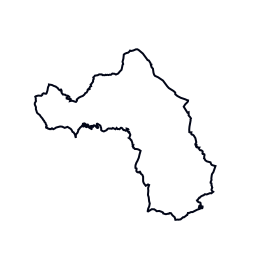 the district of Resita, Caras-Severin, Romania, rotated 193°
{"feature_id": "2599482B11071045688539", "entity_name": "Resita", "entity_type": "district", "adm_level": 2, "iso_a3": "ROU", "parent_name": "Romania", "parent_adm1": "Caras-Severin", "projection": "mercator", "projection_center": [21.973, 45.299], "detail": "fine", "context": "isolated", "style": "outline", "palette": "ink", "viewbox_px": 256, "rotation_deg": 193, "n_neighbors": 0, "source": "geoboundaries", "source_scale": "gbopen_adm2", "svg_char_len": 5838}
<svg xmlns="http://www.w3.org/2000/svg" viewBox="0 0 256 256"><g transform="rotate(193 128 128)"><path d="M143.4,203.9L144.0,202.5L145.0,201.3L146.2,200.8L147.8,199.6L148.6,198.6L148.1,194.6L148.2,191.3L147.1,189.2L147.5,188.2L147.4,185.2L147.4,183.3L148.8,181.0L149.8,178.9L151.8,177.4L153.2,177.8L155.5,177.5L156.4,176.2L157.0,175.9L157.7,175.9L158.9,175.2L160.1,175.2L161.1,174.7L161.5,174.8L161.9,174.8L162.3,174.3L163.1,174.1L164.0,174.0L164.4,173.8L164.8,173.8L165.2,174.2L165.8,174.3L168.2,173.7L169.4,172.6L172.0,171.6L172.5,170.4L173.2,169.5L172.4,168.2L172.8,166.9L172.5,165.6L172.7,164.6L173.0,164.2L173.6,162.6L174.2,161.9L174.2,161.7L173.3,160.5L174.3,159.5L174.5,158.2L174.1,157.4L174.7,156.9L175.2,157.3L175.9,156.3L175.8,155.0L176.3,153.3L177.6,152.2L177.7,151.5L178.2,150.4L178.5,150.2L179.2,149.1L180.9,148.0L182.7,146.5L184.3,144.3L183.9,143.2L184.5,141.8L184.9,141.7L188.2,142.0L189.5,141.7L190.5,141.2L190.2,143.2L190.9,143.7L191.3,143.8L191.5,142.7L194.4,142.9L194.6,143.6L192.7,145.4L193.8,145.9L195.9,145.8L196.8,146.3L197.7,146.1L198.4,146.2L199.0,146.0L200.7,147.5L201.0,149.2L201.8,150.4L202.2,150.3L202.3,149.7L202.1,149.2L204.1,149.9L205.7,151.3L206.8,151.6L207.7,152.1L209.7,152.3L211.8,152.8L214.8,152.6L214.6,151.8L215.1,149.7L214.9,146.4L215.2,143.4L215.6,142.9L218.1,142.8L219.0,141.9L219.1,141.4L219.0,140.9L219.7,139.9L222.8,139.4L224.8,138.3L225.4,137.7L224.5,136.1L224.2,134.5L223.7,133.6L224.4,131.3L224.1,129.9L222.4,127.6L222.0,125.6L221.1,124.2L220.2,122.6L219.5,122.0L216.7,120.7L215.7,119.6L213.2,117.8L212.9,117.2L211.3,116.1L210.9,115.3L209.6,114.5L208.9,113.2L207.9,112.2L208.1,110.7L207.9,110.0L207.6,109.8L207.0,110.3L205.5,109.3L204.7,109.5L204.0,109.3L203.5,109.6L202.9,109.5L202.0,110.6L200.6,110.0L199.4,110.9L198.1,112.3L194.5,114.2L192.5,114.5L189.7,113.9L187.2,115.5L183.7,114.3L182.7,113.6L181.1,111.7L180.0,111.5L179.6,111.1L178.0,109.5L177.7,108.6L176.6,106.6L177.1,108.6L177.2,109.9L177.0,110.5L176.2,111.9L176.0,112.6L176.0,113.5L175.8,114.4L176.0,115.2L175.3,116.1L174.9,117.3L173.6,119.2L173.1,120.3L172.5,119.6L172.1,119.4L171.5,119.5L170.7,120.4L171.0,120.9L172.3,121.5L172.7,122.1L172.4,122.3L171.3,122.7L170.2,122.2L170.0,121.9L169.9,120.3L169.8,120.0L169.2,119.6L168.7,119.5L168.2,119.7L167.9,120.1L168.4,121.5L168.3,122.2L168.0,122.3L166.9,121.5L166.2,119.8L166.0,119.6L163.3,118.8L163.2,118.9L163.2,119.2L163.5,119.8L164.9,121.0L164.7,121.5L163.5,122.0L162.3,121.3L162.1,121.6L162.1,122.6L161.9,122.9L161.5,123.0L160.5,122.7L158.2,121.2L157.6,121.2L157.1,121.6L157.1,121.8L157.2,122.2L158.4,122.9L159.2,124.3L159.3,124.6L159.2,125.1L158.7,125.3L155.5,124.1L154.1,121.8L153.8,120.5L153.6,119.9L152.8,119.5L151.1,119.2L150.5,119.4L148.5,121.0L148.2,121.4L147.9,122.2L147.2,122.9L146.5,123.3L145.4,123.3L144.5,123.7L143.6,123.6L142.8,124.6L140.0,124.0L139.1,125.5L138.0,124.6L136.9,124.9L136.0,124.9L135.2,126.3L135.0,126.6L134.4,126.7L133.5,126.4L132.6,125.5L132.0,125.1L131.5,125.0L130.8,125.2L129.5,124.8L128.7,125.5L129.2,127.1L127.7,127.0L127.4,126.7L127.8,126.3L128.0,125.7L127.5,124.7L126.7,124.1L126.3,124.1L126.0,124.4L125.9,124.3L125.7,124.1L125.7,123.4L125.0,123.0L124.3,122.1L124.2,121.6L124.5,119.2L124.4,118.7L124.5,118.6L124.3,118.4L124.5,118.3L123.3,117.8L122.6,117.0L122.0,116.9L120.5,114.6L119.9,113.1L119.3,112.6L119.2,112.2L119.4,112.1L119.1,111.7L119.0,111.8L119.0,111.4L119.3,111.3L119.3,111.1L118.6,110.7L118.6,110.3L118.3,109.9L117.4,109.8L117.0,109.3L116.6,109.1L114.5,109.5L112.8,109.4L110.6,108.6L110.8,104.8L110.8,101.5L111.4,98.1L112.0,96.1L112.3,93.5L112.0,91.6L111.7,90.7L110.6,90.5L110.4,90.1L110.4,89.2L110.2,88.0L109.5,87.3L108.4,87.0L107.8,87.1L107.3,87.7L106.8,87.3L106.3,87.9L106.1,87.7L105.6,87.1L105.0,86.2L103.5,85.6L102.3,83.9L101.3,79.6L100.7,78.5L100.0,77.6L97.7,75.7L95.8,77.5L94.6,77.2L94.9,74.0L94.1,71.4L93.5,67.3L92.3,65.3L90.9,61.3L89.8,59.3L89.7,56.3L90.2,54.0L90.1,53.1L90.2,52.4L90.0,51.3L89.5,51.3L86.6,54.2L84.3,54.7L82.5,54.1L82.2,53.8L81.3,53.4L78.9,54.2L76.3,53.9L74.9,53.5L74.5,52.7L72.2,52.5L71.3,52.7L69.7,53.5L68.9,53.6L68.6,54.3L68.1,54.6L66.8,54.6L66.0,53.7L64.8,52.8L62.4,51.5L61.2,49.2L58.8,50.0L58.2,50.0L56.2,50.8L54.2,53.5L53.5,53.5L52.0,55.2L51.1,56.5L50.7,56.6L50.5,58.7L49.1,59.1L47.8,60.2L46.2,60.6L42.3,63.9L39.8,65.4L39.4,66.0L37.6,66.6L37.5,67.2L37.7,68.3L38.9,68.3L40.5,66.9L41.0,66.8L41.0,68.2L39.8,69.4L40.5,71.3L41.0,71.6L42.1,71.6L43.3,71.9L43.7,72.1L44.5,73.0L43.8,73.6L43.6,74.6L42.9,76.1L42.5,76.1L41.7,77.5L40.9,78.3L39.6,79.3L39.2,79.4L38.3,80.7L36.3,81.0L33.4,83.0L32.1,83.1L30.6,85.0L32.1,85.7L32.5,86.2L32.8,87.0L32.5,88.9L32.8,89.2L33.3,90.4L33.7,90.8L34.2,92.8L35.2,93.2L35.3,94.4L34.9,95.9L35.0,96.5L35.3,96.9L35.5,98.1L35.8,101.1L35.7,102.2L34.9,104.2L34.2,110.6L36.7,110.7L38.2,110.9L39.1,111.8L39.9,113.1L43.5,113.2L45.4,113.9L46.1,114.9L47.1,115.5L47.1,116.6L47.4,117.6L47.3,118.4L47.6,119.5L47.8,119.6L48.1,119.5L48.6,119.7L49.3,119.5L49.7,119.8L49.8,120.3L49.8,121.4L50.0,122.0L51.3,122.7L52.9,122.6L53.2,122.8L53.9,123.6L54.7,123.9L54.9,124.3L54.5,124.9L55.3,124.8L56.1,125.1L56.8,124.7L57.5,125.2L57.5,126.0L57.3,126.7L57.4,127.0L58.4,126.7L58.8,127.4L58.3,129.0L58.3,129.6L60.1,133.3L62.3,135.5L63.4,136.0L64.5,136.0L64.9,136.3L65.3,137.5L65.3,138.0L67.0,137.6L67.3,137.7L68.0,140.3L68.4,143.1L68.7,149.5L69.0,150.4L68.8,151.5L70.0,152.6L71.8,153.9L71.9,154.8L72.5,157.0L73.5,156.3L78.5,161.3L77.6,163.9L76.0,166.4L75.6,167.4L75.7,168.4L77.1,168.5L78.5,168.8L83.4,169.3L87.1,170.3L89.5,171.5L90.0,173.2L92.0,174.3L97.2,176.1L99.2,177.5L104.6,182.1L110.1,184.2L113.5,184.9L114.6,185.9L115.6,187.6L117.1,191.5L118.7,192.5L119.2,193.6L119.6,193.9L119.5,195.1L120.2,195.2L120.8,196.4L122.8,198.4L124.2,198.6L124.3,198.9L124.6,199.0L130.3,203.9L135.0,206.3L136.5,206.8L138.0,206.4L140.3,204.7L142.4,203.7L143.4,203.9Z" fill="none" stroke="#020617" stroke-width="2"/></g></svg>